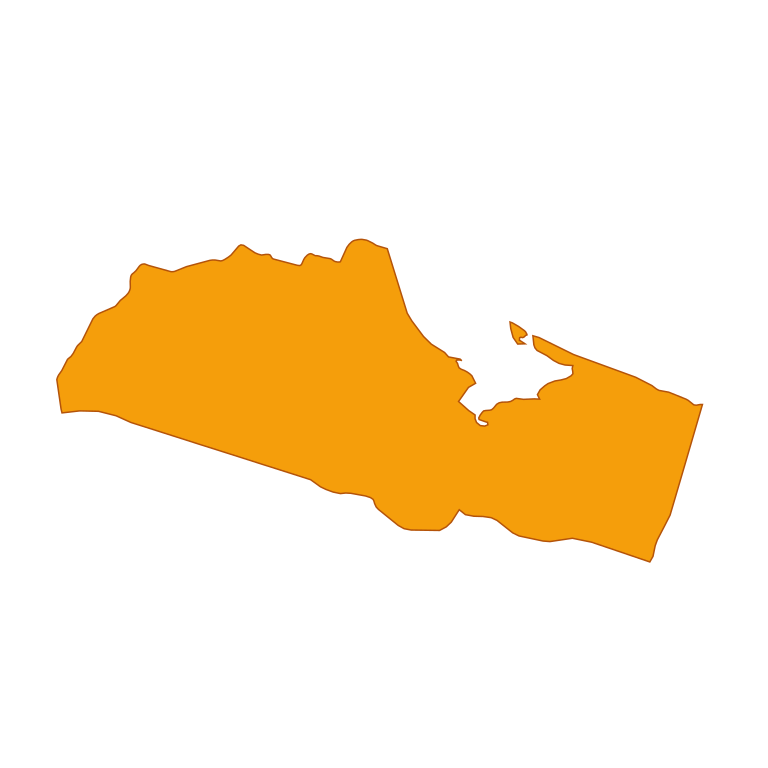 an SVG outline of Maputo, rotated 288°
{"feature_id": "MOZ-1927", "entity_name": "Maputo", "entity_type": "Province", "adm_level": 1, "iso_a3": "MOZ", "parent_name": "Mozambique", "parent_adm1": "", "projection": "mercator", "projection_center": [32.628, -25.536], "detail": "fine", "context": "isolated", "style": "filled", "palette": "amber", "viewbox_px": 768, "rotation_deg": 288, "n_neighbors": 0, "source": "natural_earth", "source_scale": "10m", "svg_char_len": 3274}
<svg xmlns="http://www.w3.org/2000/svg" viewBox="0 0 768 768"><g transform="rotate(288 384 384)"><path d="M296.9,691.8L297.7,630.3L295.5,610.8L285.4,590.5L283.8,583.8L281.2,559.3L282.2,552.4L289.2,533.6L290.0,527.3L288.6,519.1L286.0,510.3L284.9,501.8L287.7,494.4L273.5,490.7L267.4,487.4L261.9,482.1L253.5,454.9L252.6,447.8L253.9,441.2L263.0,417.5L264.6,414.6L267.4,412.0L269.4,410.7L270.9,409.3L271.8,406.2L271.8,401.0L269.8,386.2L268.5,381.3L266.3,376.4L265.5,369.0L265.8,361.3L266.6,355.3L270.3,343.8L270.0,292.6L269.8,255.2L269.6,227.2L269.4,187.7L269.2,155.1L271.0,139.0L269.8,120.9L264.4,102.9L257.0,86.7L260.4,84.6L287.0,71.5L288.6,71.4L290.2,71.5L292.1,71.8L297.2,73.4L309.7,75.4L312.3,77.0L313.2,77.7L317.1,79.0L324.0,80.2L325.8,80.7L331.0,83.4L356.0,87.0L359.3,88.3L361.3,89.6L363.0,91.1L374.5,104.1L375.7,104.9L382.0,107.4L388.0,111.2L391.2,112.6L393.3,113.1L395.2,113.2L396.7,113.1L398.1,112.7L403.2,110.9L407.5,110.0L409.2,110.0L410.5,110.4L411.5,111.0L412.5,111.7L415.1,113.1L420.4,114.9L421.6,115.5L422.9,116.6L423.6,117.8L424.1,118.9L424.2,119.9L424.0,123.5L425.0,146.7L425.4,148.0L425.9,149.2L426.5,150.2L434.6,159.9L447.8,180.2L448.9,182.5L449.7,185.0L450.6,190.8L451.6,192.4L453.3,194.1L456.6,196.8L459.4,198.7L470.3,203.2L472.1,204.9L472.5,207.7L468.9,220.6L468.6,224.2L468.8,227.7L470.8,231.7L471.5,233.9L471.6,235.5L471.0,236.5L470.2,237.4L469.5,238.2L468.9,239.2L468.7,240.2L470.1,264.9L470.6,267.3L471.6,268.3L472.9,268.7L477.6,269.2L479.7,269.7L482.8,271.2L484.3,272.4L485.2,273.7L485.4,275.1L485.0,277.6L484.8,278.6L484.9,279.5L485.3,280.5L485.6,282.7L485.5,286.8L486.6,294.0L486.5,295.3L485.6,298.3L485.4,299.1L485.4,300.2L485.7,302.4L486.5,304.5L487.4,304.8L502.5,306.5L506.1,307.7L509.1,309.3L510.6,310.5L511.6,311.7L513.4,314.9L514.4,317.3L514.8,318.6L515.4,323.0L515.3,324.4L514.5,329.8L513.5,333.5L513.4,334.9L513.7,345.3L458.5,384.2L452.6,391.0L441.4,406.9L436.5,416.7L432.7,431.9L429.7,437.0L431.2,448.7L430.2,450.8L430.4,449.5L430.0,447.8L429.1,445.6L427.8,445.6L426.3,447.6L424.3,448.9L422.6,450.4L421.9,452.9L421.7,456.3L421.1,459.5L420.2,462.4L419.0,465.0L413.0,470.9L406.9,465.4L390.4,460.3L384.9,472.8L382.7,480.2L379.2,481.3L376.0,483.9L374.2,488.4L375.1,492.8L377.3,495.4L379.6,494.3L379.4,493.1L379.6,485.4L381.0,484.6L384.2,485.1L387.4,486.2L389.2,487.1L390.2,488.9L391.8,492.8L392.8,494.3L394.9,495.6L399.5,497.4L401.7,499.3L403.2,501.9L405.1,507.3L406.6,509.9L408.4,511.6L410.1,512.8L411.2,514.2L412.5,521.4L416.3,531.6L417.7,536.7L421.3,533.2L426.7,534.3L432.0,537.5L435.1,539.9L439.7,545.6L442.5,551.0L445.5,555.7L449.6,559.4L452.1,560.5L454.3,559.6L456.8,558.2L459.9,557.9L458.0,550.3L457.7,544.1L458.8,537.8L461.3,530.2L463.2,519.2L465.0,516.4L467.6,514.4L475.9,510.7L476.1,517.1L470.6,555.2L468.2,621.3L465.3,639.3L463.4,644.7L462.9,647.5L464.2,657.3L462.9,676.1L462.4,678.5L459.9,685.1L460.3,687.5L462.2,691.0L462.9,693.2L429.9,694.2L400.0,695.1L372.5,695.9L347.7,696.6L335.7,694.7L320.2,692.1L314.0,691.9L303.2,693.1L296.9,691.8ZM465.8,505.7L463.3,498.8L468.2,492.4L475.9,487.4L481.9,484.7L481.8,487.3L480.3,494.3L478.1,501.1L477.4,502.5L475.4,504.6L474.8,504.8L474.2,503.9L471.7,502.5L470.9,501.4L470.8,499.8L470.0,498.7L467.2,499.3L467.3,500.2L465.8,505.7Z" fill="#f59e0b" stroke="#b45309" stroke-width="1.5"/></g></svg>